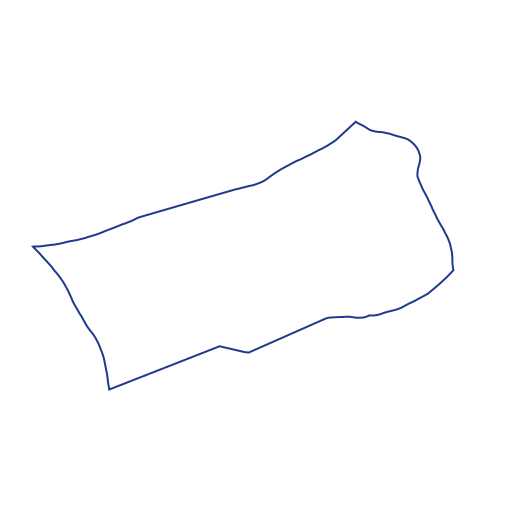 Madghal Al Jid'an, Ma'rib, Yemen, rotated 151°
{"feature_id": "15242507B52101237320931", "entity_name": "Madghal Al Jid'an", "entity_type": "district", "adm_level": 2, "iso_a3": "YEM", "parent_name": "Yemen", "parent_adm1": "Ma'rib", "projection": "mercator", "projection_center": [45.029, 15.629], "detail": "fine", "context": "isolated", "style": "outline", "palette": "blue", "viewbox_px": 512, "rotation_deg": 151, "n_neighbors": 0, "source": "geoboundaries", "source_scale": "gbopen_adm2", "svg_char_len": 3241}
<svg xmlns="http://www.w3.org/2000/svg" viewBox="0 0 512 512"><g transform="rotate(151 256 256)"><path d="M90.3,147.8L89.9,149.1L88.8,151.7L87.7,154.5L86.4,156.8L85.2,159.2L84.0,161.7L82.9,164.1L82.1,166.8L81.2,170.0L80.4,172.6L80.0,175.5L79.6,178.0L79.4,181.2L79.4,183.9L79.2,187.2L79.2,190.4L79.4,193.1L79.4,195.8L79.4,199.0L79.4,201.8L79.1,204.7L79.0,208.1L78.9,211.1L78.5,214.3L78.3,217.4L78.2,220.2L77.9,223.6L77.8,226.5L77.8,230.3L77.8,233.5L77.5,236.3L77.3,238.9L77.0,242.0L76.5,245.3L76.3,247.0L75.4,248.9L73.8,251.4L72.1,253.7L70.1,255.8L68.8,257.0L66.9,259.2L64.7,262.1L63.7,265.0L62.9,269.1L62.9,273.0L63.7,277.3L64.9,280.8L66.6,284.4L69.1,287.3L72.1,290.2L74.0,292.0L76.4,294.4L78.2,296.4L80.2,298.5L82.3,300.2L84.5,302.2L86.5,303.8L88.9,305.2L91.0,306.8L93.0,308.6L95.0,310.6L96.5,313.2L98.1,316.2L99.5,318.5L101.2,321.0L102.8,323.2L103.7,325.1L106.1,324.4L108.9,323.8L111.8,323.1L114.4,322.4L117.0,321.8L120.6,320.9L124.2,320.1L127.0,319.3L130.2,318.6L133.1,318.3L136.7,318.1L139.6,317.9L143.0,317.9L146.5,317.9L149.8,318.2L153.1,318.2L155.8,318.3L158.6,318.3L161.3,318.5L164.5,318.7L167.8,318.8L170.9,319.0L174.1,319.4L176.9,319.5L180.1,319.6L183.4,319.6L186.9,319.7L190.3,319.7L193.0,319.7L195.8,319.5L199.2,319.3L202.3,319.0L205.1,318.7L208.3,318.2L211.2,317.9L214.4,317.9L217.5,318.2L220.6,318.7L223.6,319.2L226.4,320.0L229.0,320.8L232.1,321.6L235.0,322.4L238.1,323.2L241.1,324.1L276.9,332.3L306.9,339.1L320.0,342.1L340.0,346.6L342.8,346.8L346.2,346.9L349.3,347.2L352.2,347.6L355.3,348.0L357.9,348.6L361.0,348.9L364.0,349.3L366.6,349.6L369.2,350.0L371.9,350.4L374.5,350.8L377.4,351.1L380.2,351.4L382.8,351.8L385.7,352.3L388.5,352.9L391.3,353.5L393.9,354.1L396.8,354.6L399.7,355.4L402.8,356.2L405.4,356.9L408.3,357.9L411.1,358.9L413.8,359.8L416.6,360.5L419.1,361.2L422.1,362.1L425.3,363.2L427.8,364.1L430.2,365.2L432.8,366.2L435.2,367.2L438.0,368.2L440.5,369.3L443.1,370.6L445.7,372.0L446.5,372.3L446.1,370.6L445.3,367.8L444.3,364.2L443.5,360.6L442.8,357.5L442.1,354.6L441.3,351.5L440.7,348.7L440.0,346.0L439.7,343.3L439.2,340.1L438.5,337.1L438.0,333.9L437.6,330.5L437.4,328.4L437.2,326.6L437.2,323.9L437.2,319.8L437.2,317.0L437.5,313.3L437.7,310.0L438.1,306.8L438.3,303.9L438.3,300.8L438.2,297.5L438.2,294.3L438.2,291.1L437.9,287.9L437.9,285.0L437.9,281.4L437.9,278.2L437.7,275.0L437.3,271.7L436.7,268.4L436.3,265.6L436.1,261.9L436.2,258.9L436.2,256.2L436.5,253.2L437.0,250.2L437.3,247.4L437.8,244.1L438.4,241.3L439.4,237.8L440.7,233.9L441.8,230.5L442.8,227.3L443.6,224.7L445.0,221.2L446.2,218.4L447.4,215.2L448.3,212.5L449.1,210.4L331.6,194.7L312.7,177.6L309.2,175.1L226.3,167.6L223.6,167.2L221.0,166.2L218.6,165.1L216.2,163.9L213.7,162.7L211.2,161.4L208.7,160.1L206.1,158.9L203.3,157.3L201.1,155.6L198.9,153.9L195.9,152.1L193.2,150.7L190.7,149.7L188.1,149.3L185.4,149.0L183.2,147.6L180.5,146.3L177.8,145.4L175.1,144.8L172.1,144.3L169.2,143.7L166.0,142.9L163.1,142.1L159.8,141.2L157.0,140.7L154.3,140.3L151.1,140.3L147.9,140.3L144.7,140.2L141.7,139.9L138.5,139.8L135.6,139.8L132.4,139.8L129.7,139.7L126.8,139.7L124.1,139.7L121.3,140.2L118.8,140.7L115.5,141.3L112.3,142.0L109.7,142.5L106.3,143.3L103.2,144.1L100.4,144.7L97.5,145.6L94.5,146.5L91.7,147.4L90.3,147.8Z" fill="none" stroke="#1e3a8a" stroke-width="2"/></g></svg>